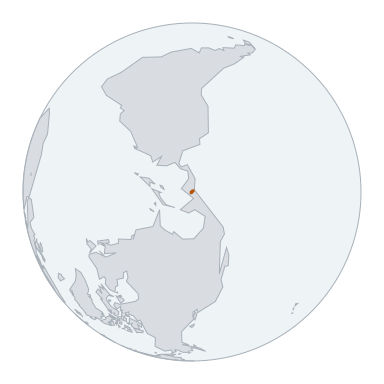 Francisco Morazán highlighted on a globe, orthographic projection, rotated 212°
{"feature_id": "HND-639", "entity_name": "Francisco Morazán", "entity_type": "Department", "adm_level": 1, "iso_a3": "HND", "parent_name": "Honduras", "parent_adm1": "", "projection": "orthographic", "projection_center": [-87.226, 14.346], "detail": "fine", "context": "on_globe", "style": "filled", "palette": "amber", "viewbox_px": 384, "rotation_deg": 212, "n_neighbors": 0, "source": "natural_earth", "source_scale": "10m", "svg_char_len": 8879}
<svg xmlns="http://www.w3.org/2000/svg" viewBox="0 0 384 384"><g transform="rotate(212 192 192)"><circle cx="192" cy="192" r="169" fill="#eef3f6" stroke="#a8b0b8"/><path d="M218.3,209.2L214.3,207.6L210.5,212.7L196.5,205.0L191.2,195.1L147.0,178.8L142.2,173.5L141.8,165.2L125.6,137.3L133.3,163.2L127.3,158.0L122.2,148.6L124.8,146.5L121.0,133.1L115.5,127.8L114.2,111.5L123.5,92.2L125.4,95.3L127.5,90.8L125.1,86.7L123.1,85.3L126.9,68.1L120.9,59.2L113.8,60.7L119.4,57.4L102.5,63.8L96.0,64.1L106.6,61.3L110.1,59.3L107.2,57.9L110.3,55.6L110.6,53.8L114.5,51.3L120.4,50.4L123.0,49.0L120.8,48.2L123.3,45.6L126.1,46.9L130.7,42.7L141.5,41.6L145.9,49.1L155.0,48.3L168.0,55.9L170.0,53.8L176.2,56.0L180.8,54.7L181.9,57.0L184.6,54.0L182.8,52.2L183.3,50.4L185.9,49.5L187.7,52.1L186.7,52.9L188.6,53.3L188.4,55.1L189.9,53.7L191.9,57.3L193.7,52.7L198.4,54.7L198.7,57.4L193.7,58.5L182.0,69.2L180.7,73.2L183.9,77.2L200.3,81.5L201.0,85.7L205.5,90.4L207.4,87.2L204.6,82.5L209.3,78.1L205.3,73.4L206.6,71.2L204.4,66.2L210.1,65.7L216.8,68.1L218.8,72.3L221.8,73.6L224.2,68.9L232.2,76.7L244.8,82.2L246.2,84.6L241.4,90.0L230.4,91.2L224.1,100.2L233.6,93.3L237.2,100.5L240.1,101.5L243.0,100.7L243.8,97.8L246.1,100.3L237.6,107.4L235.3,105.2L238.1,102.8L232.9,103.7L227.2,109.5L229.5,113.1L218.4,119.5L219.9,122.4L218.3,125.7L216.7,120.5L219.4,130.2L206.8,142.1L210.2,159.9L201.0,146.5L194.1,145.3L186.0,145.9L186.4,148.8L175.1,147.0L165.6,153.3L163.2,167.5L167.9,178.3L180.3,178.5L183.6,172.4L192.5,170.8L187.2,187.4L202.8,189.2L201.9,201.5L206.6,207.6L214.2,205.6L222.1,208.1L227.4,200.7L236.0,196.1L236.7,206.0L241.1,196.6L246.2,200.9L263.1,198.7L261.9,201.1L276.2,211.0L290.8,213.8L294.2,220.3L292.6,225.0L297.4,225.4L297.5,228.2L315.9,228.6L324.5,233.3L323.7,243.0L315.4,256.0L305.3,280.0L289.7,290.2L284.0,299.4L268.8,313.3L259.6,313.8L260.4,319.2L253.9,323.2L247.4,324.2L244.8,328.2L239.9,328.8L242.2,330.9L232.3,336.4L232.9,339.9L225.2,343.9L225.7,345.8L223.5,345.9L220.7,346.8L219.9,347.9L214.0,346.5L214.5,342.0L218.1,339.4L215.3,339.2L223.3,332.3L219.5,333.8L223.8,323.3L230.8,313.8L238.7,285.0L235.8,279.3L223.8,273.1L209.5,250.9L213.9,241.1L210.5,236.6L221.6,222.1L218.3,209.2ZM43.3,153.5L44.4,149.6L44.8,152.4L43.3,153.5ZM44.4,147.1L44.1,148.4L44.2,147.2L44.4,147.1ZM44.0,146.1L44.3,146.8L43.8,146.4L44.0,146.1ZM43.3,145.3L43.7,145.5L43.3,145.3ZM209.9,166.0L227.8,173.5L218.1,175.2L219.9,173.5L215.2,170.2L206.8,167.5L198.2,169.8L209.9,166.0ZM42.7,142.8L42.6,142.1L43.1,142.0L42.7,142.8ZM216.7,155.7L213.6,155.2L216.6,154.9L216.7,155.7ZM121.7,85.1L124.8,87.0L125.8,91.7L122.9,90.4L121.7,85.1ZM120.3,77.0L122.6,76.9L120.1,81.2L119.6,79.9L120.3,77.0ZM108.1,62.6L110.0,63.3L107.1,63.5L108.1,62.6ZM110.0,54.0L108.5,54.6L109.3,53.5L110.0,54.0ZM201.5,66.9L202.9,66.6L202.6,67.7L201.5,66.9ZM199.2,65.3L197.7,66.8L196.4,66.2L197.3,65.3L199.2,65.3ZM115.9,48.7L117.7,46.9L116.9,48.6L115.9,48.7ZM201.3,63.6L194.3,65.0L192.0,64.1L193.6,60.0L201.3,63.6ZM119.4,45.8L123.6,41.9L120.6,42.8L131.4,38.5L124.3,42.9L123.8,44.7L122.0,44.5L119.4,45.8ZM181.1,52.0L183.2,53.8L179.1,53.2L181.1,52.0ZM178.3,52.0L164.8,53.4L163.0,50.6L167.8,50.6L163.5,47.9L169.3,45.8L172.9,46.8L173.0,48.9L175.1,46.6L178.3,52.0ZM136.7,37.0L138.6,36.1L137.7,36.9L136.7,37.0ZM183.2,49.6L180.7,50.0L178.9,47.5L183.7,46.4L182.7,47.5L183.2,49.6ZM159.6,48.4L159.1,46.6L163.6,44.3L164.0,43.4L169.2,45.6L159.6,48.4ZM184.4,47.6L186.1,45.9L189.3,46.4L185.6,49.1L184.4,47.6ZM176.4,47.5L175.8,46.3L177.7,46.5L176.4,47.5ZM201.5,47.7L198.5,47.9L197.3,46.6L201.5,47.7ZM186.6,45.2L185.5,45.1L184.7,44.7L186.4,43.7L186.6,45.2ZM172.0,44.0L174.0,43.5L170.1,42.9L173.3,41.5L176.2,43.3L176.3,41.9L177.3,41.5L178.6,43.5L172.0,44.0ZM185.8,41.6L190.6,43.8L196.4,43.6L197.7,44.7L188.0,44.9L185.8,41.6ZM181.4,42.5L184.4,42.1L184.4,43.5L182.4,44.6L181.4,42.5ZM174.5,39.9L168.8,41.7L168.4,41.3L174.5,39.9ZM187.5,41.2L186.3,40.7L187.9,41.0L187.5,41.2ZM178.5,39.9L176.5,40.5L176.1,40.0L178.5,39.9ZM185.6,39.3L187.1,40.0L185.8,40.6L185.6,39.3ZM182.3,39.4L182.2,38.5L184.4,40.5L181.5,39.7L182.3,39.4ZM178.4,39.4L177.5,39.3L179.3,39.2L178.4,39.4ZM189.7,36.5L192.8,38.9L189.8,40.3L187.2,37.8L189.7,36.5ZM223.2,349.4L214.2,347.1L219.5,348.2L224.7,346.2L228.9,348.0L223.2,349.4ZM237.8,344.0L242.9,342.5L243.7,342.9L240.3,344.0L237.8,344.0ZM310.8,71.9L308.0,69.5L311.6,73.0L314.4,75.5L318.1,79.5L312.1,74.4L315.4,80.0L327.0,97.1L327.4,100.7L324.4,100.6L312.7,86.8L313.2,80.4L309.1,76.2L302.6,72.6L303.3,71.2L300.7,69.2L300.3,67.0L293.4,60.3L292.0,58.0L283.3,52.3L281.4,50.6L287.1,54.3L290.3,56.1L286.1,51.8L283.5,50.0L278.1,46.8L277.6,46.4L273.0,43.9L267.7,40.9L279.3,47.4L290.5,54.7L301.0,62.9L310.8,71.9ZM267.6,40.9L270.3,42.7L264.2,39.8L257.6,36.7L256.1,36.3L266.7,41.5L270.5,43.4L273.0,44.4L283.8,50.8L286.5,53.1L277.1,48.2L279.9,51.2L271.3,46.7L247.9,34.3L241.2,31.3L242.8,30.9L248.0,32.6L249.8,33.3L252.3,34.2L267.6,40.9ZM194.8,23.1L184.8,23.3L177.0,23.7L178.0,23.6L194.8,23.1ZM171.0,24.4L165.1,25.2L161.9,25.7L171.0,24.4ZM158.4,26.4L158.5,26.4L152.7,27.7L155.1,27.2L155.2,27.3L141.3,31.8L136.9,33.3L132.2,36.0L132.8,36.1L135.8,35.0L131.4,38.5L120.6,42.8L119.9,42.4L113.6,45.9L112.8,44.8L109.2,45.9L111.9,43.5L108.8,45.0L106.7,46.3L101.0,49.6L100.6,49.9L111.8,43.3L118.1,40.7L115.3,41.5L118.7,39.9L119.4,39.4L118.5,39.9L131.4,34.3L144.7,29.8L158.4,26.4ZM359.9,173.1L360.0,174.2L357.5,187.4L354.4,182.8L345.2,164.5L343.9,154.0L339.6,144.1L327.5,101.5L329.6,100.7L325.4,88.8L325.7,88.9L331.2,96.4L331.6,96.9L338.9,108.5L345.2,120.7L350.4,133.3L354.7,146.3L357.8,159.6L359.9,173.1ZM337.1,120.3L338.7,123.3L337.1,120.3ZM263.6,198.5L265.7,200.2L263.0,200.6L263.6,198.5ZM217.1,179.4L220.7,179.4L222.8,180.8L220.0,181.5L217.1,179.4ZM247.1,177.3L251.2,177.8L247.1,179.0L247.1,177.3ZM230.5,174.4L243.9,177.3L235.9,180.9L227.4,179.2L233.1,177.9L230.5,174.4ZM215.6,161.5L217.9,162.1L217.4,164.0L215.6,161.5ZM218.8,155.6L218.0,155.8L216.7,154.4L218.8,155.6ZM237.7,100.0L238.4,99.6L241.6,99.5L240.4,100.8L237.7,100.0ZM253.7,92.5L257.1,96.7L253.8,94.4L252.9,96.8L244.8,95.4L246.6,85.8L247.2,90.2L253.7,92.5ZM234.6,91.5L239.5,93.0L234.0,91.7L234.6,91.5ZM287.0,62.0L288.9,62.2L292.1,64.9L293.9,69.0L289.2,65.1L287.0,62.0ZM290.9,62.0L281.0,56.8L279.5,54.4L282.0,56.5L282.0,55.5L286.0,58.7L294.3,62.2L297.6,64.9L299.0,70.3L296.7,66.8L295.0,66.6L290.9,62.0ZM258.4,51.9L254.1,50.8L256.4,46.9L260.2,48.5L262.2,52.3L258.9,52.8L258.4,51.9ZM205.5,56.5L203.7,57.2L203.2,56.4L204.3,55.1L205.5,56.5ZM200.2,47.9L212.8,52.9L211.4,53.9L220.5,56.3L220.3,59.9L214.4,58.1L221.0,63.0L215.6,62.8L220.6,65.9L207.5,61.5L202.9,61.9L208.1,60.0L208.4,56.7L207.2,55.3L200.2,52.1L190.6,51.8L189.3,48.9L191.0,46.9L193.2,46.5L193.3,48.4L196.0,46.5L197.9,49.1L200.2,47.9ZM211.6,31.7L210.9,33.1L216.7,31.8L218.6,33.5L219.1,33.2L222.5,34.6L227.5,35.9L227.6,36.8L229.5,37.0L231.7,38.0L234.4,38.7L235.5,40.5L238.8,41.6L237.5,41.9L242.9,43.3L239.4,43.2L241.9,44.9L244.0,44.1L243.7,54.9L246.3,60.3L250.4,65.2L243.7,64.9L235.7,60.5L227.9,54.7L226.4,49.8L223.7,50.9L222.1,48.9L224.9,48.9L219.7,47.9L219.2,46.4L212.3,42.7L205.1,42.7L202.4,41.6L204.9,40.8L200.4,40.3L203.4,38.3L201.5,37.5L202.6,35.1L208.6,34.5L206.1,33.7L206.8,32.2L211.6,31.7ZM190.2,35.8L196.9,34.2L201.3,34.5L197.6,38.8L198.9,39.7L196.7,43.0L190.4,42.6L191.6,41.7L191.4,40.7L193.4,41.2L191.6,40.1L193.2,38.9L192.1,37.8L194.6,37.5L190.2,35.8ZM323.9,86.3L323.0,85.3L322.6,84.9L322.3,84.4L323.9,86.3ZM319.0,81.7L318.3,80.6L322.0,84.7L322.3,85.4L319.0,81.7ZM314.7,76.8L318.0,80.3L316.4,78.8L314.7,76.8ZM286.1,53.3L284.9,52.2L286.0,52.8L288.1,54.3L286.1,53.3ZM229.4,30.3L228.2,30.5L227.1,30.2L222.1,30.0L220.3,29.0L222.6,28.8L229.4,30.3ZM226.6,29.2L224.7,29.1L225.0,28.7L226.6,29.2ZM218.7,28.3L218.5,27.8L219.5,28.9L218.7,28.3ZM225.8,26.5L226.4,26.6L218.3,25.2L208.7,24.0L217.7,25.1L223.0,25.9L225.8,26.5ZM187.9,23.2L186.9,23.5L184.8,23.5L184.7,23.4L187.9,23.2ZM189.1,23.3L192.8,23.6L190.6,23.9L188.1,23.5L189.1,23.3ZM210.0,25.4L212.8,25.7L212.5,25.9L210.0,25.4ZM137.4,36.2L138.5,36.1L136.6,36.7L137.4,36.2ZM156.6,27.0L156.4,27.2L154.2,27.6L156.6,27.0ZM154.7,28.1L157.3,27.4L155.1,28.1L154.7,28.1ZM163.1,26.0L158.7,27.1L162.0,26.1L163.1,26.0Z" fill="#d9dde1" stroke="#a8b0b8" stroke-width="1"/><path d="M191.7,191.1L191.8,191.0L191.9,190.9L191.9,190.7L192.0,190.5L192.0,190.4L191.9,190.4L192.0,190.3L192.0,190.2L192.3,190.0L192.6,190.0L192.8,190.1L192.9,190.3L192.9,190.5L193.0,190.8L193.0,191.0L193.3,191.3L193.4,191.5L193.5,191.7L193.5,191.8L193.2,191.9L193.2,192.0L192.9,192.3L192.9,192.5L192.7,192.6L192.8,192.8L192.9,193.0L192.7,193.1L192.7,193.3L192.7,193.5L192.4,193.7L192.3,193.8L192.3,194.0L192.1,194.0L191.9,193.9L191.8,194.0L191.8,193.9L191.7,193.9L191.5,193.7L191.4,193.7L191.3,193.8L191.3,194.0L191.2,193.9L190.9,193.8L190.8,193.7L190.9,193.4L190.9,193.2L190.9,192.8L190.9,192.7L191.0,192.6L191.3,192.4L191.3,192.2L191.5,191.9L191.5,191.7L191.4,191.6L191.5,191.3L191.5,191.2L191.7,191.1Z" fill="#f59e0b" stroke="#b45309" stroke-width="1.5"/></g></svg>